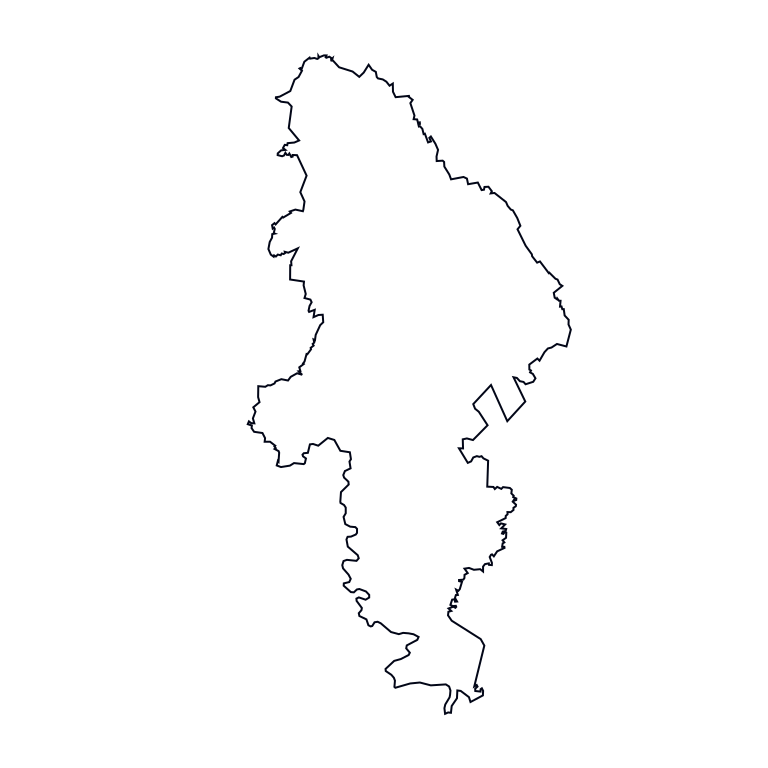 outline of Tezonapa, Veracruz, Mexico, rotated 13°
{"feature_id": "50627088B71934722124571", "entity_name": "Tezonapa", "entity_type": "district", "adm_level": 2, "iso_a3": "MEX", "parent_name": "Mexico", "parent_adm1": "Veracruz", "projection": "albers", "projection_center": [-96.777, 18.559], "detail": "fine", "context": "isolated", "style": "outline", "palette": "ink", "viewbox_px": 768, "rotation_deg": 13, "n_neighbors": 0, "source": "geoboundaries", "source_scale": "gbopen_adm2", "svg_char_len": 6115}
<svg xmlns="http://www.w3.org/2000/svg" viewBox="0 0 768 768"><g transform="rotate(13 384 384)"><path d="M538.5,477.6L538.0,475.5L539.9,473.5L539.8,471.9L535.9,469.7L536.8,467.4L537.3,468.3L538.9,467.3L538.7,465.8L535.3,465.1L535.5,463.7L532.7,462.0L532.3,458.3L530.0,457.0L523.2,457.7L521.9,459.8L517.4,458.8L515.6,461.4L513.8,459.7L507.7,460.8L502.7,435.3L497.6,434.1L495.3,432.4L493.3,433.5L490.7,433.4L487.5,435.5L486.3,439.8L483.4,442.0L471.5,429.8L475.5,429.0L473.2,420.2L477.0,418.4L483.3,418.6L494.2,400.9L482.6,389.7L478.3,387.6L475.5,383.5L488.5,360.9L512.5,392.5L525.6,369.3L508.7,348.3L512.1,348.2L515.8,350.7L519.5,350.6L522.0,352.4L528.9,348.3L530.3,344.4L526.8,340.7L523.7,339.8L524.2,337.8L522.4,337.2L521.2,332.4L527.7,324.7L530.3,326.3L533.2,316.9L535.7,312.5L539.0,310.8L543.5,306.1L553.3,306.4L553.8,289.0L550.4,284.5L549.5,279.9L544.6,276.6L542.3,270.6L540.9,271.0L539.5,268.5L538.1,269.0L537.3,263.2L535.7,263.5L533.5,261.6L533.4,262.5L530.9,261.5L528.9,256.9L535.7,248.3L532.8,247.2L529.6,243.2L527.4,242.9L520.0,238.3L519.6,238.9L508.4,229.5L505.9,231.3L499.6,226.2L498.9,224.4L490.9,217.4L479.3,203.2L481.3,199.2L476.5,192.3L470.5,185.8L468.3,185.5L464.4,182.6L462.0,179.3L448.7,173.0L445.1,174.3L445.7,171.9L441.4,168.3L437.6,169.4L437.7,172.2L435.5,173.1L430.1,166.6L421.0,170.4L418.6,165.2L414.9,164.4L403.3,169.5L400.5,165.2L393.9,158.6L392.6,154.1L390.9,153.2L385.2,154.9L384.0,150.5L384.0,143.7L380.0,138.3L374.0,132.3L372.8,134.0L375.2,137.1L372.6,138.7L367.5,130.9L366.4,131.6L364.0,126.8L361.2,124.8L360.1,125.3L359.0,123.2L360.5,122.5L360.0,121.0L358.3,121.7L356.8,118.8L353.3,119.3L353.3,115.6L346.5,104.4L348.0,100.7L343.0,98.4L344.3,97.4L330.8,101.9L327.0,97.2L325.0,89.3L322.3,92.1L318.3,88.9L314.3,87.5L309.4,87.6L307.9,86.5L305.8,81.7L301.7,80.5L297.2,76.4L294.2,85.1L290.8,90.3L283.1,86.6L269.0,85.5L261.6,80.4L260.5,80.6L260.6,78.1L259.5,79.6L259.0,78.1L257.1,77.4L254.4,79.1L253.6,78.7L254.0,76.8L251.6,77.3L247.4,80.2L246.3,79.1L246.9,81.4L245.8,82.3L242.8,82.0L238.8,83.6L238.1,82.7L233.9,87.9L232.9,95.6L231.5,94.9L230.7,95.6L233.6,97.2L231.7,104.1L228.4,107.6L226.8,119.6L217.7,127.5L214.2,128.9L214.4,130.0L220.2,132.1L227.1,131.4L231.6,134.4L233.6,156.0L246.5,165.8L242.3,168.9L235.9,171.0L236.0,173.1L233.5,173.3L232.5,176.8L235.2,178.1L231.2,179.5L228.6,183.2L228.9,184.9L233.5,185.0L235.2,183.8L235.9,180.9L237.8,182.6L239.3,182.3L239.9,180.7L242.6,183.7L243.8,183.0L243.5,181.4L247.8,180.6L261.7,198.4L259.3,215.9L265.5,224.0L266.2,232.2L266.1,233.9L258.4,234.0L253.4,237.1L254.9,238.2L248.3,244.5L247.4,244.0L242.5,252.9L241.1,251.9L239.2,254.4L240.6,257.6L241.7,256.3L242.7,257.5L242.6,261.8L243.8,262.0L241.4,263.1L242.0,266.6L240.7,271.3L241.0,278.5L244.6,283.4L247.9,284.8L248.0,283.4L250.0,284.1L251.4,281.8L254.4,281.8L255.0,279.9L257.0,279.9L258.2,278.6L257.6,277.5L261.2,277.6L269.5,271.2L265.9,285.3L267.1,289.1L265.9,289.4L269.0,303.3L283.0,302.2L283.5,306.0L287.5,313.9L287.2,318.1L293.3,318.3L295.1,320.6L293.9,324.7L294.0,329.6L294.8,330.6L299.8,327.3L300.3,334.7L304.6,331.5L308.7,330.3L310.9,337.5L308.6,341.0L306.4,351.5L306.9,356.9L305.4,356.5L306.7,359.3L305.5,361.0L306.8,362.4L304.4,365.3L305.1,366.6L302.6,372.3L301.8,372.2L301.5,380.0L300.5,382.2L301.3,382.6L297.7,386.8L299.6,390.2L298.0,390.8L302.2,393.4L296.9,393.1L291.5,398.0L289.7,402.2L282.9,402.4L277.7,406.0L277.2,408.1L273.7,410.9L271.1,411.3L269.0,413.4L262.0,414.4L264.3,425.1L266.8,429.7L261.9,436.1L265.0,439.8L264.0,447.0L266.5,451.5L263.3,452.0L260.8,450.8L260.3,453.8L264.6,454.2L264.9,456.8L268.2,459.8L276.6,459.1L280.3,463.5L280.7,467.1L286.0,465.9L291.9,468.6L291.3,469.5L292.9,470.8L292.0,471.9L296.4,473.1L297.3,474.5L298.7,483.3L297.9,482.7L297.8,487.5L302.3,488.1L310.7,484.7L314.1,481.3L323.8,480.1L324.7,479.0L324.7,474.1L321.4,472.7L320.5,471.2L321.4,469.5L325.3,468.2L325.4,459.5L328.3,458.4L333.8,458.9L341.4,449.2L348.2,449.7L356.5,458.9L366.1,458.2L368.7,464.7L367.8,467.3L370.4,473.7L365.5,477.6L364.8,481.9L366.2,484.2L371.3,487.2L372.2,489.9L366.4,499.0L367.9,508.5L368.4,509.7L372.3,510.9L374.5,513.0L375.8,518.6L374.5,522.6L377.8,529.2L383.1,530.6L388.3,529.9L390.3,531.2L391.2,535.1L390.4,537.0L386.2,540.1L382.9,541.1L382.4,543.9L385.3,550.6L396.9,556.7L398.6,559.5L397.0,562.5L387.4,563.7L384.4,565.6L384.1,569.9L385.6,572.9L392.3,577.7L395.4,581.3L394.7,584.8L389.7,587.3L390.1,589.6L398.5,594.2L401.5,593.8L403.8,590.3L406.1,589.3L413.1,590.2L417.0,592.8L417.6,595.4L414.6,598.3L407.5,597.6L405.4,599.3L406.1,601.5L412.8,607.2L412.9,609.5L411.0,613.0L412.2,615.6L419.8,617.3L423.1,622.6L425.6,623.2L427.0,622.4L428.4,618.3L431.3,617.1L434.7,617.9L446.6,624.1L454.7,624.4L458.6,622.2L464.1,621.4L469.1,621.2L474.6,622.7L474.0,625.8L465.0,633.6L465.1,636.6L469.6,640.0L469.0,642.5L462.3,648.2L456.2,651.5L449.6,661.3L450.3,663.3L456.6,665.7L459.7,668.0L461.4,670.6L462.3,676.8L463.4,677.4L476.9,669.9L486.1,666.8L497.4,667.1L511.8,662.8L515.5,664.1L517.7,667.7L518.3,672.0L518.4,674.5L515.8,682.5L515.8,686.3L517.7,691.6L520.4,689.6L523.2,689.3L522.4,682.5L525.8,673.8L524.4,666.1L527.8,665.8L537.2,670.0L539.8,674.4L550.4,665.2L549.6,660.7L547.8,658.5L546.8,659.6L547.2,662.0L542.0,662.6L541.4,660.4L543.2,657.8L542.0,656.4L540.0,658.4L540.6,616.3L535.6,610.8L503.2,599.4L498.4,595.0L498.0,591.4L500.6,590.0L497.4,588.2L501.6,585.4L503.9,586.0L504.5,584.9L503.9,584.0L501.0,584.9L498.4,584.3L498.9,578.8L501.1,577.9L502.2,580.1L504.1,579.5L501.3,576.5L501.5,573.5L503.4,572.9L500.5,568.1L503.0,568.8L504.0,566.8L504.5,559.2L501.5,559.2L501.2,558.1L505.3,556.8L506.0,555.0L505.4,551.8L508.1,549.4L504.0,545.8L508.2,544.1L513.4,544.8L519.4,542.8L522.7,544.4L521.6,539.6L522.9,536.8L526.5,535.2L527.0,536.6L529.8,536.2L529.4,534.0L525.9,528.8L526.7,526.3L527.6,525.7L529.8,527.2L531.9,521.6L538.3,516.6L537.9,515.6L535.7,516.0L535.5,512.6L536.9,511.3L534.7,509.6L537.5,506.4L536.6,501.3L535.1,501.0L534.0,503.2L532.6,503.1L532.9,501.1L535.6,499.8L535.7,497.8L530.7,498.3L533.6,493.6L529.3,493.5L528.1,495.5L525.4,493.2L532.7,487.3L532.3,485.1L533.7,483.2L533.1,481.0L536.3,480.4L538.5,477.6Z" fill="none" stroke="#020617" stroke-width="2"/></g></svg>